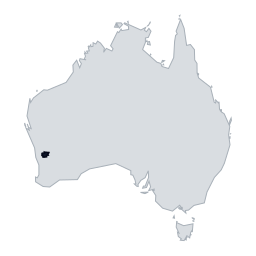 Dalwallinu, Western Australia, Australia shown in context
{"feature_id": "25037944B57812572751517", "entity_name": "Dalwallinu", "entity_type": "district", "adm_level": 2, "iso_a3": "AUS", "parent_name": "Australia", "parent_adm1": "Western Australia", "projection": "equal_earth", "projection_center": [117.374, -30.13], "detail": "fine", "context": "in_parent", "style": "filled", "palette": "ink", "viewbox_px": 256, "rotation_deg": 0, "n_neighbors": 0, "source": "geoboundaries", "source_scale": "gbopen_adm2", "svg_char_len": 4634}
<svg xmlns="http://www.w3.org/2000/svg" viewBox="0 0 256 256"><path d="M184.1,28.3L186.6,45.4L190.4,44.5L194.4,49.6L194.7,60.0L197.0,63.5L197.1,73.1L198.7,78.0L210.5,87.2L214.2,102.2L215.6,103.0L216.0,100.3L218.5,103.0L219.0,101.7L219.5,109.2L220.9,111.5L224.2,113.8L229.8,126.4L228.6,134.8L230.0,144.8L224.4,163.2L221.2,169.9L214.4,177.4L207.0,192.0L204.3,202.9L194.0,205.4L188.5,210.1L185.4,210.5L185.9,213.1L181.6,209.3L182.4,208.4L182.2,207.4L181.3,207.4L179.5,209.0L178.5,208.0L180.6,206.4L179.7,205.2L172.5,211.1L162.7,208.2L155.5,201.1L155.8,195.5L152.5,190.4L154.1,190.6L154.2,189.1L148.7,190.6L150.6,186.8L149.0,181.2L146.5,187.5L142.6,188.2L143.4,186.1L145.2,186.1L148.6,177.4L148.3,170.8L145.1,177.7L140.9,180.3L138.0,184.4L138.2,186.5L136.7,186.2L134.3,183.9L135.9,183.9L135.0,179.9L132.9,175.2L130.8,174.7L130.8,170.6L115.8,163.6L89.6,168.9L81.2,173.7L77.4,179.6L59.5,180.0L49.7,187.0L43.1,186.5L35.6,181.8L35.5,177.0L37.3,177.8L38.9,174.8L38.9,165.0L35.8,157.4L34.6,147.9L25.9,127.9L29.3,130.1L27.2,123.9L28.7,127.5L31.2,128.6L27.0,116.0L29.9,98.3L30.6,102.5L33.5,97.9L43.8,89.8L47.4,90.2L66.1,82.4L73.3,72.0L72.9,65.1L76.7,60.2L79.7,67.8L81.4,63.6L79.4,60.6L80.0,58.7L86.1,59.9L84.2,59.2L85.5,56.2L84.5,53.5L87.8,53.1L86.6,51.1L89.3,50.9L88.4,48.0L90.8,44.7L91.0,46.7L92.9,46.4L93.1,42.7L95.8,44.0L97.6,41.1L100.5,43.1L104.4,48.2L103.6,52.3L106.3,48.4L111.9,51.0L113.1,48.8L110.6,45.7L117.5,31.7L118.8,32.6L121.1,29.1L121.8,30.6L128.6,29.5L128.5,26.2L124.0,23.7L124.7,22.8L140.9,30.0L145.7,27.4L144.4,30.2L146.4,31.7L148.9,28.4L151.0,31.2L148.3,37.4L145.4,38.0L145.4,42.4L142.6,49.5L156.9,62.2L160.8,63.4L162.0,66.5L168.5,68.5L173.7,57.6L174.6,41.5L175.6,35.4L177.3,33.9L176.1,31.2L180.6,19.4L184.1,28.3ZM176.6,222.6L183.7,225.7L193.0,223.8L192.3,232.1L191.9,230.6L190.7,232.4L189.7,237.9L186.9,235.7L184.1,240.6L180.3,240.2L181.3,238.8L178.3,236.5L177.5,232.2L178.9,233.0L176.2,227.1L176.6,222.6ZM116.4,22.9L121.1,22.9L122.5,24.6L119.3,28.1L116.4,22.9ZM140.5,192.4L148.3,192.1L144.9,193.6L140.5,192.4ZM149.5,41.5L150.3,45.0L147.4,44.4L147.9,41.9L149.5,41.5ZM229.5,125.0L229.7,121.1L231.1,118.0L231.4,120.3L229.5,125.0ZM191.8,217.6L194.2,218.4L194.1,219.5L191.8,217.6ZM115.9,23.9L117.5,27.3L114.5,27.1L115.9,23.9ZM174.5,218.2L173.1,217.9L174.1,215.8L174.5,218.2ZM164.5,60.7L163.1,61.8L161.7,62.3L162.4,60.4L164.5,60.7ZM25.9,127.0L24.8,125.2L24.6,123.5L24.8,123.4L25.9,127.0ZM193.4,220.7L194.2,221.5L192.4,220.8L193.4,220.7ZM220.5,109.7L221.5,109.7L221.4,111.4L220.5,109.7ZM197.5,73.0L198.7,74.0L198.5,74.6L197.5,73.0ZM186.3,238.6L186.2,240.0L185.3,239.5L186.3,238.6ZM230.1,136.2L230.0,138.3L229.8,138.3L230.1,136.2ZM128.3,22.7L127.5,21.8L128.0,21.3L128.3,22.7ZM150.1,22.9L148.9,24.6L150.4,21.6L150.1,22.9ZM230.5,133.7L229.9,134.4L230.4,133.7L230.5,133.7ZM150.9,54.7L150.3,55.0L150.6,54.2L150.9,54.7ZM147.2,41.4L146.4,41.6L146.9,40.5L147.2,41.4ZM37.2,89.9L37.0,91.3L36.6,91.1L37.2,89.9ZM179.2,18.6L179.2,19.8L178.9,18.9L179.2,18.6ZM181.3,207.9L181.4,208.5L181.1,208.3L181.3,207.9ZM148.6,25.2L147.1,26.3L148.7,24.8L148.6,25.2ZM88.6,46.3L88.0,47.1L88.4,46.1L88.6,46.3ZM187.0,237.6L186.5,237.9L186.8,237.4L187.0,237.6ZM163.7,64.8L162.9,64.8L163.3,64.1L163.7,64.8ZM85.4,52.5L84.9,53.0L84.9,51.9L85.4,52.5ZM191.1,234.8L190.3,235.2L190.7,234.5L191.1,234.8ZM179.9,15.4L179.7,16.2L179.3,15.8L179.9,15.4ZM180.8,208.8L181.4,209.4L180.3,209.2L180.8,208.8ZM212.0,87.1L211.4,87.2L211.7,86.3L212.0,87.1ZM215.6,100.2L215.3,100.2L215.5,99.5L215.6,100.2ZM177.1,221.6L176.8,222.1L176.7,221.5L177.1,221.6Z" fill="#d9dde1" stroke="#a8b0b8" stroke-width="1"/><path d="M42.1,154.9L42.1,155.1L41.9,155.1L41.9,155.3L42.3,155.4L42.3,155.6L42.6,155.6L42.9,155.5L42.9,155.8L42.9,156.8L43.0,156.8L42.9,156.9L42.9,157.0L43.0,157.1L43.7,157.1L43.8,157.0L44.0,157.1L44.7,157.1L44.8,157.0L45.1,157.0L45.1,156.9L45.3,156.9L45.3,157.0L45.5,157.0L45.6,156.9L45.8,156.9L46.0,156.9L46.1,156.7L46.3,156.7L46.3,156.8L46.6,156.8L46.6,156.5L46.6,156.4L46.6,155.9L46.6,155.7L46.6,155.2L47.4,155.2L47.5,155.1L48.2,155.1L48.1,154.9L48.1,155.0L48.1,154.9L48.0,154.7L48.0,154.4L48.0,154.2L48.0,153.9L48.0,153.7L48.0,153.4L47.9,153.4L47.9,153.2L48.0,153.2L48.1,153.3L48.3,153.3L48.5,153.4L48.7,153.2L48.7,153.3L48.7,153.2L48.8,153.0L48.7,153.0L48.7,152.9L48.7,152.7L48.4,152.7L48.3,152.8L48.2,152.8L47.9,152.9L47.8,152.7L47.9,152.4L45.9,152.4L45.9,152.2L44.7,152.2L44.3,152.0L44.3,152.3L44.4,152.5L44.5,152.6L44.4,152.8L44.5,152.9L44.5,153.0L44.3,152.9L44.2,152.8L44.1,153.0L43.4,153.1L43.1,153.1L42.9,153.1L42.7,153.2L42.3,153.2L42.2,153.2L42.0,153.4L42.2,153.8L42.2,154.1L42.1,154.5L42.2,154.9L42.1,154.9Z" fill="#0f172a" stroke="#020617" stroke-width="1.5"/></svg>